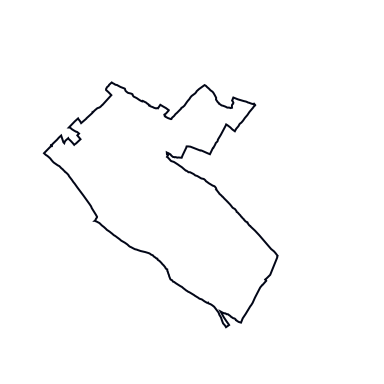 the district of Iana, Vaslui, Romania, rotated 146°
{"feature_id": "2599482B62853104405346", "entity_name": "Iana", "entity_type": "district", "adm_level": 2, "iso_a3": "ROU", "parent_name": "Romania", "parent_adm1": "Vaslui", "projection": "albers", "projection_center": [27.554, 46.405], "detail": "fine", "context": "isolated", "style": "outline", "palette": "ink", "viewbox_px": 384, "rotation_deg": 146, "n_neighbors": 0, "source": "geoboundaries", "source_scale": "gbopen_adm2", "svg_char_len": 6043}
<svg xmlns="http://www.w3.org/2000/svg" viewBox="0 0 384 384"><g transform="rotate(146 192 192)"><path d="M288.7,222.5L288.4,222.3L288.3,221.8L287.6,220.8L286.1,218.0L285.4,214.6L284.6,212.2L283.9,209.3L283.8,208.4L282.4,205.0L282.0,203.6L281.7,202.8L280.9,199.8L280.4,198.9L278.4,193.3L277.9,191.3L276.0,187.5L274.9,184.6L274.4,182.3L273.9,181.1L273.4,180.4L272.2,178.1L271.3,176.5L270.0,175.1L269.4,174.2L267.5,171.7L264.4,168.4L262.6,166.2L261.7,165.0L261.3,164.2L261.0,163.1L259.9,161.4L259.8,161.0L259.8,160.1L259.1,158.4L258.7,157.0L258.0,156.1L258.3,155.5L258.2,154.6L257.5,153.0L257.0,150.3L256.9,148.8L256.5,147.0L256.3,144.3L256.5,143.5L256.5,143.3L256.3,142.5L255.8,141.7L256.6,140.3L256.6,139.6L257.3,137.5L257.5,136.2L258.0,135.0L258.6,132.3L258.7,131.6L258.6,131.3L258.4,130.8L257.8,129.8L257.9,128.5L257.8,128.2L257.1,127.4L256.5,125.6L254.2,120.3L253.5,119.1L253.0,117.2L251.9,113.8L251.8,113.4L251.3,112.5L250.9,111.3L250.3,110.5L249.5,108.8L247.8,105.1L247.7,104.6L245.9,100.7L245.6,99.7L245.4,99.3L244.9,98.7L243.9,97.4L242.8,94.4L241.5,91.7L241.2,91.5L240.6,91.3L240.8,90.9L240.8,90.7L239.3,88.5L238.6,86.9L237.8,84.5L237.4,77.5L237.6,76.2L238.0,74.9L238.1,71.9L238.9,69.1L239.7,65.7L239.3,62.9L239.4,60.9L235.6,61.0L235.6,62.5L235.7,65.6L235.7,70.3L235.1,76.8L233.9,74.5L232.5,72.8L232.1,72.6L231.9,72.0L231.4,71.1L231.1,71.0L230.6,70.6L230.4,70.2L230.2,69.4L229.6,67.9L229.3,66.3L228.9,65.7L228.8,65.2L228.3,64.2L227.6,63.5L227.4,63.2L227.1,62.1L227.3,61.2L226.9,60.8L226.7,59.8L225.9,58.1L224.4,56.3L220.6,58.9L215.7,60.9L207.5,64.7L206.4,65.0L203.7,66.2L198.9,69.2L189.0,74.6L187.9,75.0L186.3,75.4L186.0,75.6L185.5,75.5L180.1,76.9L180.0,77.5L180.3,78.1L180.3,78.5L178.3,78.7L173.5,79.6L157.9,90.1L157.5,90.8L156.7,91.2L156.8,92.3L156.9,94.4L157.2,96.9L158.3,100.5L160.4,118.5L161.4,124.8L162.6,130.0L162.7,131.0L162.8,131.0L162.9,131.5L163.2,132.3L163.2,133.0L163.3,133.6L163.2,134.4L163.3,135.3L163.1,135.4L163.0,135.6L163.0,135.9L164.1,137.7L164.2,139.2L164.4,139.7L164.3,140.8L164.7,141.9L164.7,143.0L165.0,144.2L165.0,145.8L165.2,146.5L165.6,149.4L166.1,150.6L165.8,151.4L165.9,153.6L166.1,154.2L166.9,155.8L167.1,156.3L167.3,159.5L167.6,161.8L167.8,162.4L167.8,163.2L168.1,164.2L168.1,164.6L168.9,168.6L169.2,170.9L169.4,171.1L169.6,172.7L170.3,175.3L170.2,175.6L170.5,179.9L170.6,180.3L170.3,180.3L169.9,182.1L170.0,183.7L170.4,184.6L171.4,185.9L171.7,186.7L173.1,189.7L174.2,192.8L174.4,193.1L174.4,194.4L174.9,196.1L175.2,196.5L176.5,197.8L176.8,198.2L178.3,201.5L178.9,202.6L180.0,203.9L180.6,205.9L182.5,209.4L182.8,209.7L183.5,210.1L183.9,210.4L184.0,211.0L184.7,212.8L185.2,213.2L186.6,218.4L187.5,220.5L188.3,222.7L189.9,226.4L190.3,227.2L191.8,229.1L192.1,229.7L192.6,233.5L192.8,234.3L193.1,235.1L191.1,236.0L191.7,237.2L190.8,238.8L190.5,238.2L190.2,238.0L189.1,235.8L188.8,235.0L188.8,234.0L188.4,232.4L188.1,231.6L187.4,231.1L186.9,230.4L186.4,230.3L185.9,229.9L185.0,228.7L184.2,228.4L181.4,226.2L179.4,227.6L171.9,232.0L171.0,232.8L170.0,232.2L168.0,230.5L161.9,221.7L161.5,221.7L160.7,220.7L157.4,215.4L156.0,213.3L150.9,216.3L149.9,216.8L149.7,216.6L146.2,218.4L144.9,219.3L142.7,219.7L141.9,220.2L141.3,220.9L136.1,223.3L127.3,228.0L125.9,228.9L125.3,227.6L124.1,224.1L123.6,221.4L122.5,218.4L120.0,219.7L116.7,220.6L114.6,221.7L113.6,221.9L112.4,221.9L109.8,222.6L106.8,223.8L103.1,224.8L99.7,226.2L94.4,227.7L92.9,228.3L92.3,228.3L91.0,228.7L91.0,228.9L91.2,230.4L91.8,230.2L92.0,230.6L92.6,231.2L93.4,232.1L94.8,234.1L95.5,234.8L95.9,235.6L96.7,236.8L98.2,238.4L102.1,243.1L104.9,247.2L105.9,246.6L106.7,245.8L107.2,245.7L107.6,245.4L107.6,244.0L107.7,243.0L108.5,242.2L109.4,242.1L110.2,241.7L111.2,240.5L111.7,239.5L113.1,240.0L114.0,241.2L115.6,242.3L116.5,244.0L118.0,246.1L119.1,247.3L119.6,248.8L120.3,250.3L120.0,251.0L120.4,252.0L120.4,255.2L119.3,256.6L119.0,259.3L118.8,262.0L118.9,263.6L119.8,266.0L120.2,268.4L120.8,270.5L121.1,272.2L121.8,273.6L128.6,273.4L131.4,273.0L132.2,272.8L132.7,272.4L134.3,272.0L138.7,271.8L140.4,271.3L142.5,270.4L144.2,270.0L146.0,269.4L150.0,267.8L152.5,267.5L153.6,267.7L154.4,267.2L154.9,267.1L160.3,266.0L162.2,265.8L163.3,265.4L164.6,265.0L166.7,264.8L167.9,264.3L168.3,264.0L168.7,264.2L170.5,266.6L171.9,269.2L172.0,269.6L171.7,269.6L171.8,271.5L171.7,271.6L169.7,271.6L165.8,272.6L165.5,272.8L166.7,276.2L168.2,279.2L168.7,280.3L169.5,282.0L173.4,280.4L173.7,280.9L175.0,281.4L176.3,282.9L177.0,284.2L178.3,286.0L179.2,287.6L178.8,287.8L179.1,288.3L179.1,289.0L179.8,290.7L180.0,291.7L180.4,292.4L181.9,295.1L182.6,294.9L183.4,296.2L184.1,297.6L185.4,300.9L187.0,303.7L187.1,305.2L186.7,306.1L186.8,306.6L187.6,307.8L189.4,309.7L189.8,310.4L190.4,312.4L190.5,313.3L190.0,314.8L189.9,315.2L190.0,315.4L192.5,319.0L193.2,320.3L194.4,322.7L195.2,323.4L195.9,324.5L196.0,325.0L197.0,326.8L197.3,327.7L200.8,327.2L201.6,326.7L203.9,326.4L205.7,325.4L206.2,324.6L205.4,321.4L204.7,317.4L217.8,314.2L218.2,314.3L219.7,313.9L221.4,313.8L223.6,314.4L225.6,314.2L227.3,314.0L229.9,313.4L230.3,313.4L230.3,313.5L230.7,313.2L238.3,312.1L238.6,311.9L245.4,311.1L245.2,313.4L245.4,315.8L245.3,316.7L249.6,316.1L258.0,314.3L257.3,313.8L257.0,313.3L256.8,312.6L256.5,311.3L255.4,308.8L254.4,306.8L254.0,306.5L253.6,305.8L253.0,303.6L255.4,303.1L255.2,301.0L254.9,298.1L259.7,297.3L260.8,297.1L262.9,297.1L263.3,297.0L263.5,299.3L263.9,301.8L264.7,305.5L264.6,305.8L268.3,305.3L269.7,304.6L270.6,303.9L270.8,305.1L268.9,312.0L272.1,311.5L274.7,310.8L280.6,309.8L281.8,309.3L282.1,308.9L282.4,309.7L282.7,309.8L282.9,309.6L282.7,308.7L284.7,308.6L293.0,306.9L292.7,305.5L292.3,304.1L291.7,302.8L291.0,300.2L290.7,298.7L290.7,297.8L290.4,295.0L290.1,293.6L288.4,289.2L287.5,287.6L287.3,286.5L287.1,285.1L286.4,282.7L286.4,282.1L286.0,280.3L286.0,279.6L285.8,279.4L285.2,277.1L285.0,275.9L285.0,275.4L284.9,274.8L285.0,274.6L285.1,273.8L284.8,269.3L284.8,266.6L284.6,264.7L284.5,259.9L284.0,249.9L283.7,239.4L283.7,236.6L284.1,234.6L284.4,226.7L284.6,224.5L285.0,224.1L286.7,223.4L288.0,222.6L288.7,222.5Z" fill="none" stroke="#020617" stroke-width="2"/></g></svg>